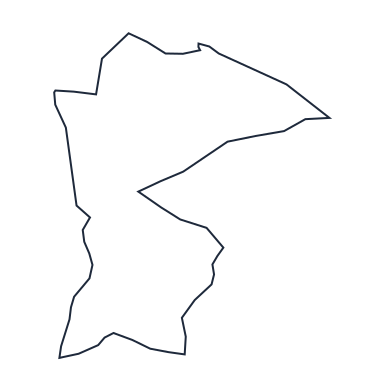 San Pedro de Macorís, Robinson projection, rotated 87°
{"feature_id": "DOM-1396", "entity_name": "San Pedro de Macorís", "entity_type": "Province", "adm_level": 1, "iso_a3": "DOM", "parent_name": "Dominican Republic", "parent_adm1": "", "projection": "robinson", "projection_center": [-69.33, 18.599], "detail": "fine", "context": "isolated", "style": "outline", "palette": "slate", "viewbox_px": 384, "rotation_deg": 87, "n_neighbors": 0, "source": "natural_earth", "source_scale": "10m", "svg_char_len": 841}
<svg xmlns="http://www.w3.org/2000/svg" viewBox="0 0 384 384"><g transform="rotate(87 192 192)"><path d="M350.7,333.1L339.2,330.8L312.8,321.0L300.8,318.9L290.4,315.2L272.9,298.9L259.6,295.2L248.0,297.8L236.1,302.2L224.2,303.1L212.1,295.2L199.5,308.0L121.1,314.6L97.6,324.0L85.3,324.4L83.5,323.1L85.6,304.8L89.5,282.7L54.1,274.9L30.2,247.0L39.9,228.8L52.3,211.2L53.5,193.8L50.8,176.5L47.5,178.0L44.1,177.7L47.6,167.1L55.1,158.0L89.5,92.0L125.2,50.9L125.2,75.0L136.0,96.9L139.4,125.7L143.6,153.9L157.4,176.8L171.2,199.7L179.6,222.9L188.8,245.6L205.9,223.5L218.8,205.2L228.6,179.3L249.2,163.6L257.1,169.9L265.4,175.4L275.5,174.3L285.3,177.3L300.0,194.9L317.1,208.7L336.1,205.8L353.8,207.8L350.7,223.8L346.3,241.9L336.6,259.4L328.7,277.8L332.8,286.9L340.0,293.7L347.6,313.7L350.7,333.1Z" fill="none" stroke="#1e293b" stroke-width="2"/></g></svg>